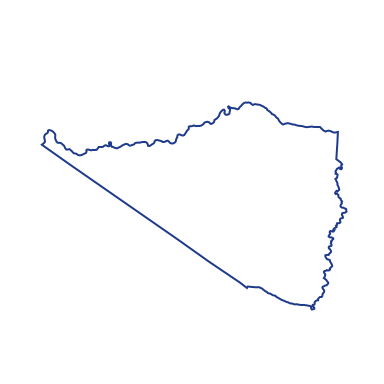 the district of Nova Andradina, Mato Grosso do Sul, Brazil, rotated 99°
{"feature_id": "56859067B45875035456952", "entity_name": "Nova Andradina", "entity_type": "district", "adm_level": 2, "iso_a3": "BRA", "parent_name": "Brazil", "parent_adm1": "Mato Grosso do Sul", "projection": "natural_earth1", "projection_center": [-53.469, -22.068], "detail": "fine", "context": "isolated", "style": "outline", "palette": "blue", "viewbox_px": 384, "rotation_deg": 99, "n_neighbors": 0, "source": "geoboundaries", "source_scale": "gbopen_adm2", "svg_char_len": 5900}
<svg xmlns="http://www.w3.org/2000/svg" viewBox="0 0 384 384"><g transform="rotate(99 192 192)"><path d="M278.2,122.7L276.8,122.3L276.6,121.3L276.2,114.8L276.0,113.2L275.6,111.4L275.7,110.3L276.4,107.7L277.1,106.6L278.5,104.1L278.8,103.1L279.2,102.2L280.0,101.3L280.1,100.0L280.2,98.6L281.2,96.3L281.4,95.2L281.4,93.5L282.2,92.5L282.6,91.7L282.9,90.7L283.3,89.8L284.7,86.1L284.9,84.5L285.7,81.9L285.9,80.7L286.0,79.4L286.5,78.4L286.7,77.5L286.5,76.6L286.5,75.8L286.9,73.4L286.8,72.2L286.4,70.8L286.6,69.9L286.5,66.3L286.4,65.3L286.1,64.4L286.0,63.5L286.1,62.1L286.0,60.8L286.1,59.9L286.1,57.4L287.2,56.3L288.3,56.1L289.3,55.3L288.8,53.8L288.2,52.9L287.0,53.3L286.4,54.2L285.9,55.4L284.6,55.1L284.3,53.8L283.3,53.3L282.3,53.6L281.5,53.6L280.4,52.8L279.5,51.8L279.2,50.5L277.9,50.7L276.7,50.1L275.7,49.1L275.4,47.6L274.5,47.0L272.5,47.1L271.8,46.7L270.9,46.4L270.1,45.9L269.3,45.9L268.4,46.2L266.6,48.0L265.6,48.3L264.9,47.8L264.5,46.9L263.5,45.8L263.1,44.5L261.2,43.2L260.3,43.2L258.7,44.9L257.7,45.8L256.4,48.3L255.1,47.7L253.6,47.4L252.6,47.5L252.0,47.9L251.4,48.6L250.5,49.2L249.7,49.1L249.2,48.4L248.9,47.6L248.1,46.8L248.3,45.7L247.9,44.2L246.9,43.5L246.2,43.9L245.4,43.6L243.9,42.3L243.0,41.9L242.2,42.4L241.1,43.0L240.0,43.9L239.3,44.6L238.5,45.0L237.6,45.3L237.2,48.2L235.4,49.9L234.5,50.3L233.7,50.4L233.1,49.3L232.9,48.2L232.8,47.2L231.7,46.9L230.1,45.7L229.3,45.3L228.2,45.7L226.7,47.0L226.3,48.0L225.4,48.3L224.4,48.1L223.6,46.3L223.0,45.8L221.9,46.1L221.1,46.9L219.9,46.5L218.9,47.0L218.4,46.3L217.2,45.9L216.4,45.1L215.6,45.3L215.2,46.3L215.0,47.4L215.3,48.5L214.6,50.1L213.4,49.9L211.8,49.0L211.1,49.2L210.1,49.8L208.9,49.3L208.9,48.2L209.1,47.1L208.9,46.1L207.9,45.6L208.2,46.5L207.2,46.5L206.2,46.2L205.5,45.6L204.4,44.2L203.8,43.7L202.8,44.5L202.1,43.7L201.1,44.0L200.2,43.8L199.9,42.7L199.9,41.8L199.2,41.0L198.3,40.7L197.1,41.4L196.0,41.6L195.1,41.2L194.6,40.3L194.3,39.3L193.6,38.8L192.2,39.5L191.3,40.3L190.4,40.4L189.4,40.2L188.9,39.1L188.6,37.8L187.2,36.3L186.3,36.7L185.3,36.9L184.5,37.3L184.4,38.7L183.8,39.8L184.0,41.4L183.6,42.3L183.1,43.0L182.4,43.2L181.1,42.9L179.8,42.2L178.8,42.7L177.8,42.3L176.4,43.9L175.3,44.1L174.8,45.3L174.4,46.2L173.1,46.8L171.9,47.1L170.9,48.5L171.5,49.7L170.8,50.5L169.7,50.3L168.3,49.4L168.6,48.3L167.5,47.6L166.7,46.9L164.8,47.7L161.8,49.6L160.8,49.7L159.8,50.1L158.6,51.1L156.5,52.4L155.8,51.3L154.8,51.0L153.1,50.9L152.0,51.0L151.6,51.9L151.5,53.0L150.5,52.7L149.5,53.5L148.4,53.2L147.6,52.8L146.4,52.4L145.7,51.4L144.8,50.6L144.8,49.2L146.1,49.2L146.1,48.0L144.8,47.6L144.0,48.1L143.4,48.6L142.2,48.8L141.4,48.0L140.3,48.8L139.3,50.1L138.8,51.2L137.5,53.6L137.0,54.6L120.6,56.1L109.9,57.3L110.3,58.4L110.9,59.9L111.1,61.2L110.9,62.4L110.3,64.0L110.2,65.3L110.0,66.6L110.6,68.2L111.4,69.7L110.7,71.6L109.1,74.1L108.5,74.8L107.8,75.7L108.0,77.3L108.2,78.2L108.4,80.3L108.7,81.5L108.6,83.9L109.0,85.1L109.3,86.5L109.7,87.6L110.0,88.8L110.1,90.0L109.8,92.4L109.7,94.0L109.9,97.5L109.7,99.6L109.4,101.2L109.4,102.5L109.6,103.3L109.2,105.1L109.2,106.0L109.1,106.9L109.0,108.1L110.0,110.8L110.7,111.8L111.1,112.9L109.8,115.1L108.9,116.2L108.1,117.1L106.0,118.6L105.4,120.0L104.7,120.9L104.1,121.4L103.1,122.8L102.7,124.1L102.5,125.3L101.8,125.8L101.1,126.8L100.4,127.9L99.2,130.5L98.3,130.9L97.7,131.7L97.5,132.8L96.5,134.6L95.9,137.0L95.4,138.2L95.3,139.2L95.4,141.2L95.3,142.6L95.5,143.9L96.5,145.4L95.6,147.5L94.9,148.1L94.7,150.2L95.2,151.7L95.2,153.0L95.7,154.2L96.5,155.0L97.4,155.8L98.1,156.3L99.4,157.0L100.3,157.8L101.0,158.3L102.5,158.9L103.2,160.0L103.0,161.2L102.7,162.6L102.7,163.7L102.9,166.0L102.5,167.6L101.7,169.3L102.3,169.7L103.4,169.0L104.3,167.6L105.3,167.1L106.5,167.4L108.8,167.3L109.6,168.1L110.4,170.0L110.3,170.9L109.6,171.9L108.8,172.4L106.6,172.3L105.7,173.1L105.9,174.2L107.3,175.4L108.4,176.1L109.3,176.6L110.2,176.9L112.3,177.2L114.5,178.2L115.6,179.1L117.3,181.0L118.1,181.1L119.4,181.2L120.2,181.7L121.2,182.8L121.8,183.7L121.5,184.8L120.6,185.8L120.2,187.6L120.6,188.8L121.0,189.8L122.0,190.9L123.3,191.4L125.1,193.5L125.5,194.6L126.3,198.6L126.0,200.4L127.0,202.5L127.5,204.7L128.1,205.4L129.2,205.2L130.4,205.1L132.2,206.5L132.9,206.8L133.7,207.0L137.0,208.6L137.5,209.4L137.7,210.5L137.4,212.0L137.0,213.1L137.4,214.5L138.1,215.1L139.1,215.2L140.3,215.2L142.5,215.9L144.5,216.0L145.3,216.3L146.1,217.0L147.0,218.3L147.2,219.3L147.2,220.6L146.7,221.7L145.8,222.7L145.1,224.0L145.7,225.5L146.7,226.7L147.1,227.9L147.1,229.1L146.5,229.9L146.4,231.4L146.2,233.2L146.1,234.5L146.3,235.3L146.7,236.2L147.7,236.9L149.0,236.9L150.0,237.5L151.3,239.0L152.7,240.5L153.2,241.3L153.2,242.7L151.9,243.1L150.7,244.0L150.1,245.1L149.9,246.0L150.3,248.5L151.4,251.3L151.6,252.2L151.7,253.2L151.9,254.2L152.3,255.2L152.8,256.0L153.6,256.4L154.2,257.0L154.7,257.9L155.2,258.9L155.8,259.9L155.9,261.2L155.0,262.7L154.7,264.2L155.1,265.4L156.4,267.5L158.5,269.8L159.6,271.5L160.4,272.3L160.6,273.8L160.6,274.8L159.9,277.0L159.8,278.4L158.0,279.4L157.1,279.5L156.2,279.6L155.6,280.3L155.9,281.5L157.2,281.6L158.0,281.1L158.7,280.6L159.4,280.6L159.9,281.3L159.9,282.5L159.5,283.4L159.3,284.4L159.8,285.6L161.2,286.9L161.6,288.0L162.2,291.2L165.1,292.6L165.7,294.3L166.0,296.8L166.6,298.1L166.5,299.5L166.3,301.1L166.6,302.5L167.4,302.9L168.7,302.5L170.0,302.8L172.9,307.1L173.4,308.9L173.3,310.3L172.3,312.3L172.2,315.0L170.6,316.9L168.9,319.6L169.0,320.5L169.4,321.2L169.7,322.1L169.7,322.9L169.0,323.7L168.1,324.4L166.8,325.2L166.0,326.0L165.6,326.8L165.0,327.6L164.1,329.4L164.1,330.4L164.3,331.4L164.3,332.6L163.4,333.7L161.5,335.0L160.5,335.5L159.6,335.7L157.2,335.9L156.4,336.2L155.6,336.9L154.9,337.7L153.7,339.5L153.3,341.0L153.2,342.1L153.3,343.2L154.0,343.8L155.8,343.7L156.5,344.1L157.7,345.7L158.5,346.2L159.5,346.5L160.7,346.6L161.7,346.4L163.4,345.6L165.0,345.2L166.0,345.3L166.8,345.9L168.8,347.7L184.1,316.7L240.7,199.5L258.4,163.8L273.7,131.0L278.2,122.7Z" fill="none" stroke="#1e3a8a" stroke-width="2"/></g></svg>